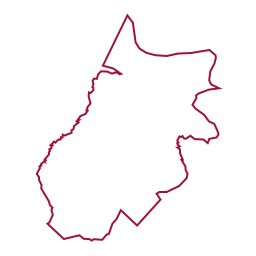 outline of Baradero, Buenos Aires, Argentina
{"feature_id": "61730980B8735430115634", "entity_name": "Baradero", "entity_type": "district", "adm_level": 2, "iso_a3": "ARG", "parent_name": "Argentina", "parent_adm1": "Buenos Aires", "projection": "natural_earth1", "projection_center": [-59.554, -33.906], "detail": "medium", "context": "isolated", "style": "outline", "palette": "rose", "viewbox_px": 256, "rotation_deg": 0, "n_neighbors": 0, "source": "geoboundaries", "source_scale": "gbopen_adm2", "svg_char_len": 1813}
<svg xmlns="http://www.w3.org/2000/svg" viewBox="0 0 256 256"><path d="M185.4,166.4L181.5,159.9L182.8,159.8L180.1,153.5L179.9,149.3L177.9,147.8L178.9,147.8L178.6,146.3L179.4,146.1L177.7,144.7L177.2,143.1L178.5,142.6L177.3,140.5L179.5,136.4L181.0,137.1L182.5,136.1L183.9,138.4L185.7,138.8L190.4,135.8L194.7,139.1L203.5,139.5L207.7,143.1L209.3,138.9L216.6,137.4L218.3,134.9L218.3,132.9L214.3,123.9L208.9,121.4L204.3,115.0L195.1,108.3L192.5,104.7L196.5,98.0L196.0,95.6L198.5,93.5L209.0,89.6L219.2,88.3L211.2,84.5L209.2,80.4L210.3,71.4L214.4,63.7L215.9,57.5L215.5,55.2L209.4,50.0L191.1,53.0L177.8,53.6L166.8,56.0L155.3,55.2L146.3,52.8L139.5,48.6L135.6,42.3L132.9,22.8L127.4,15.4L102.9,65.7L113.1,68.4L121.0,73.9L119.6,74.3L116.6,72.2L112.0,73.6L107.2,71.6L101.1,71.3L98.1,74.3L96.9,78.8L94.0,78.6L92.6,80.9L93.4,84.3L92.4,87.2L93.4,87.8L93.3,90.2L90.6,93.0L89.0,92.4L88.6,96.2L90.5,103.5L87.5,107.1L87.0,109.9L88.4,111.1L86.6,110.4L86.6,112.6L85.1,114.1L80.5,116.0L77.7,120.0L78.8,120.1L77.6,120.8L78.3,121.9L77.0,121.8L77.9,123.0L74.1,126.0L73.4,129.3L71.5,130.2L71.6,132.8L64.8,135.5L62.7,134.7L62.6,137.4L60.9,137.3L60.6,139.5L58.4,139.6L55.4,142.6L54.0,141.6L51.9,144.2L52.4,145.0L50.8,144.7L50.5,145.4L51.6,145.6L51.3,148.4L49.3,149.3L50.0,151.0L48.8,152.3L49.0,154.4L44.8,159.3L45.7,160.1L44.6,160.6L45.0,161.8L44.3,161.4L40.9,164.3L41.3,165.6L39.4,166.4L40.0,168.0L36.8,173.8L39.0,177.1L39.1,180.1L41.5,184.9L41.3,188.6L48.7,200.9L50.0,205.2L52.5,207.7L51.4,209.9L52.8,214.9L49.4,222.4L47.5,223.7L63.9,239.0L79.3,235.3L83.9,238.8L89.5,239.1L91.7,240.6L93.9,239.2L102.2,239.8L106.7,234.5L108.8,234.1L112.4,223.7L116.5,219.2L120.8,210.2L137.1,225.5L160.5,199.6L156.6,193.7L159.4,192.0L166.6,192.0L179.3,185.9L186.7,178.1L187.5,173.6L185.7,170.2L185.4,166.4Z" fill="none" stroke="#9f1239" stroke-width="2"/></svg>